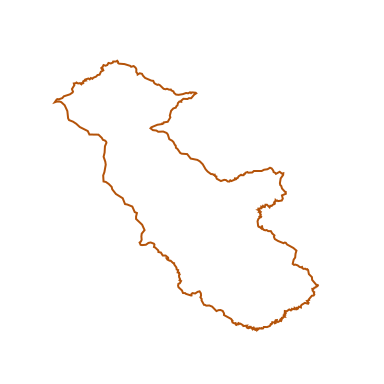 outline of Sotará (Paispamba), Cauca, Colombia, rotated 135°
{"feature_id": "7082276B86170920101397", "entity_name": "Sotará (Paispamba)", "entity_type": "district", "adm_level": 2, "iso_a3": "COL", "parent_name": "Colombia", "parent_adm1": "Cauca", "projection": "mercator", "projection_center": [-76.619, 2.224], "detail": "fine", "context": "isolated", "style": "outline", "palette": "amber", "viewbox_px": 384, "rotation_deg": 135, "n_neighbors": 0, "source": "geoboundaries", "source_scale": "gbopen_adm2", "svg_char_len": 6016}
<svg xmlns="http://www.w3.org/2000/svg" viewBox="0 0 384 384"><g transform="rotate(135 192 192)"><path d="M247.1,262.0L245.8,260.0L245.2,256.6L245.2,252.4L246.5,250.3L247.2,244.4L245.4,236.6L247.9,230.8L246.6,228.9L244.5,223.9L246.7,218.3L245.8,216.1L248.9,214.2L250.6,212.5L250.4,204.1L252.5,198.6L257.0,198.1L259.2,196.4L261.4,193.8L263.2,193.1L264.8,193.3L265.7,191.0L264.9,189.8L261.9,187.3L258.8,186.8L256.9,185.5L255.5,182.4L255.7,181.4L257.8,180.0L257.3,178.8L257.2,174.5L258.2,173.3L256.8,171.2L257.6,167.8L255.6,165.7L255.3,162.5L256.3,161.3L257.0,162.5L257.2,161.6L256.4,159.2L255.7,158.6L255.6,155.2L255.0,154.3L255.8,153.4L256.4,149.7L257.6,148.1L257.0,146.6L259.0,145.3L258.2,144.1L258.9,143.5L258.9,142.5L260.2,142.2L261.3,140.9L262.1,138.7L263.2,138.4L262.7,136.8L265.1,136.1L266.5,136.7L268.1,135.6L268.9,134.2L268.7,129.5L269.8,127.0L268.3,125.2L268.3,124.2L265.8,119.4L265.5,119.2L264.6,120.2L263.2,120.2L261.5,118.0L258.6,117.4L256.9,116.4L257.4,114.1L259.0,112.2L260.5,111.6L260.8,109.5L261.9,108.6L263.3,103.7L262.6,102.9L262.3,101.6L260.0,99.5L258.8,96.7L258.9,90.5L256.8,89.7L255.3,88.4L254.4,86.2L255.2,83.5L256.4,82.4L254.1,74.6L254.4,72.4L254.9,72.5L255.6,71.1L254.9,69.1L253.9,68.5L254.8,67.1L254.6,66.7L254.1,67.1L252.9,65.8L252.2,66.5L251.7,66.4L251.7,65.2L250.9,64.7L250.2,61.9L250.5,60.9L247.7,58.7L248.5,58.5L248.6,57.4L249.0,57.3L248.6,55.9L248.0,55.6L248.0,56.5L246.8,56.2L245.8,55.1L246.3,54.3L245.9,53.7L246.1,52.8L245.6,53.1L244.2,52.6L244.4,51.9L245.5,51.9L244.6,49.5L244.0,49.3L243.2,50.1L242.0,49.0L243.1,48.2L240.5,47.9L240.2,47.2L239.1,46.6L239.2,46.0L238.2,45.3L236.7,45.8L234.4,43.4L231.6,42.2L229.8,42.9L229.5,42.3L228.7,42.3L227.3,43.2L226.1,41.6L226.3,40.6L225.3,40.2L224.5,40.8L224.9,41.7L223.5,42.2L222.6,41.5L223.4,41.0L223.2,39.3L221.2,38.7L220.7,39.0L220.3,38.1L219.6,38.8L219.5,38.1L218.6,38.5L218.9,39.5L218.6,39.1L217.4,39.5L216.6,38.7L215.6,39.1L214.6,38.1L214.3,39.8L213.5,39.4L213.5,40.1L212.3,40.7L212.0,39.8L211.5,39.9L211.2,40.5L211.7,41.1L210.5,42.2L209.4,40.7L206.3,40.2L205.8,38.4L204.0,38.7L203.9,37.9L202.8,37.5L202.3,36.6L201.4,37.4L200.9,35.0L199.7,34.7L199.4,35.7L198.6,35.0L197.5,35.3L196.6,33.4L195.7,34.4L194.3,34.7L190.6,33.8L188.9,30.9L187.9,31.2L187.7,33.7L185.5,32.8L185.1,33.5L180.6,33.9L179.2,32.8L178.0,33.0L177.1,34.7L176.4,34.8L176.5,36.9L175.4,38.4L174.6,37.6L173.1,37.8L172.0,37.1L170.7,37.4L170.0,36.7L168.9,37.0L168.9,37.4L169.8,37.7L169.2,44.9L167.4,47.0L167.4,51.3L165.1,54.7L165.1,56.0L165.9,56.3L166.1,57.6L167.5,58.8L167.8,60.1L167.2,61.2L168.1,61.6L168.9,62.9L169.2,65.5L170.4,67.8L171.4,68.3L171.6,70.0L167.9,72.3L165.4,72.7L162.5,75.1L159.6,76.7L159.9,80.8L161.9,87.7L161.6,89.8L162.2,90.7L163.5,91.1L165.8,96.6L166.7,100.2L165.8,102.4L164.4,103.0L164.6,105.9L163.9,108.6L165.8,110.5L166.1,112.3L167.2,113.0L168.0,114.4L167.9,116.6L166.7,118.2L167.0,118.4L168.7,117.1L169.0,119.8L169.5,120.3L169.2,121.3L166.3,125.0L164.2,126.0L162.4,125.9L162.0,126.6L161.1,125.5L160.5,125.6L160.2,127.3L159.3,127.5L159.2,128.7L157.7,129.2L158.8,130.6L157.4,131.0L157.9,132.5L157.1,132.0L156.7,133.2L154.7,131.6L154.4,131.9L153.7,131.6L153.3,132.5L152.8,131.8L151.7,132.0L151.8,130.6L151.2,129.9L149.1,131.1L148.0,130.0L148.0,126.3L146.4,126.9L145.5,125.8L144.0,125.9L142.1,125.1L141.3,125.5L141.5,126.4L140.4,126.8L139.5,126.5L138.6,127.2L138.6,126.1L137.8,125.8L137.6,124.7L134.6,122.5L132.5,123.1L130.8,126.0L126.9,124.4L125.7,125.8L126.1,126.3L125.9,130.8L124.6,133.2L124.7,134.5L123.6,136.1L119.7,138.9L115.5,139.6L114.2,140.7L115.4,141.4L115.7,144.3L119.8,145.5L119.6,146.6L120.2,148.4L119.4,149.7L119.0,152.4L119.7,154.0L122.5,154.7L125.3,156.8L127.9,157.6L133.4,163.1L135.6,163.2L138.6,165.9L138.7,166.9L140.6,167.8L141.9,167.4L142.7,167.9L143.6,167.4L144.9,168.6L145.1,169.5L147.9,170.1L150.0,169.6L151.2,170.5L151.8,169.9L152.2,170.1L152.3,171.1L153.2,170.6L156.4,171.9L156.7,173.2L158.1,172.9L159.3,174.2L159.5,176.3L160.6,177.8L163.8,179.3L165.1,183.8L164.6,185.2L163.8,185.7L164.4,187.0L163.7,188.2L164.6,188.7L164.7,189.9L165.9,191.3L166.5,195.4L166.3,198.5L164.8,204.0L164.8,208.1L165.5,210.9L169.3,216.6L168.6,222.2L172.2,226.4L172.7,227.8L171.8,232.9L172.1,234.6L170.7,236.4L170.8,237.5L169.8,240.4L169.8,242.4L170.7,245.4L168.4,249.8L168.2,251.7L169.6,255.1L173.3,258.5L173.7,260.6L175.9,263.4L176.3,266.4L175.0,266.5L168.9,264.0L165.1,261.2L164.7,261.5L163.8,260.7L162.8,261.2L159.5,258.8L154.5,260.1L153.7,261.7L149.3,264.2L146.1,264.3L143.8,263.1L142.4,263.7L141.1,263.5L139.1,264.8L136.9,264.9L135.8,263.4L135.1,264.2L132.2,264.0L129.4,260.9L127.9,260.6L126.2,258.9L121.7,259.3L119.2,258.8L119.2,259.6L121.6,262.5L122.8,262.6L122.9,263.9L124.9,264.5L126.2,266.2L129.3,267.7L132.8,270.2L134.4,272.2L134.6,274.7L134.0,276.3L134.8,278.5L134.5,279.4L135.8,280.5L136.7,282.7L138.0,283.3L139.1,285.0L139.2,290.2L139.7,291.7L140.7,292.2L141.5,294.5L141.6,295.9L140.8,298.0L142.0,299.5L144.5,305.8L144.4,309.0L143.8,310.9L145.0,312.9L147.4,313.5L146.8,314.3L146.6,316.2L144.5,318.2L144.0,319.9L144.2,322.3L146.5,323.6L146.5,324.9L149.3,330.2L152.8,334.3L153.1,335.3L152.2,336.5L152.1,337.7L153.4,337.9L155.5,340.0L156.5,339.5L158.5,340.3L159.8,342.3L162.1,341.7L163.8,342.4L164.8,344.3L166.6,343.7L168.5,343.8L168.8,342.9L168.0,342.3L168.7,340.7L171.3,341.5L174.4,340.3L176.1,341.5L178.2,341.4L181.0,342.6L182.4,342.5L182.9,344.1L184.7,344.0L185.0,345.5L188.1,347.1L188.6,347.0L188.5,346.0L190.4,347.2L190.9,347.1L191.8,345.9L192.7,346.1L193.2,347.1L194.1,346.6L194.4,348.3L195.8,349.3L196.3,351.1L197.0,351.0L198.8,352.3L199.7,350.7L204.1,349.7L205.2,347.1L206.1,346.8L209.3,347.4L215.0,350.3L217.3,350.1L220.6,351.7L221.4,352.8L222.2,353.1L225.6,352.5L223.6,351.5L221.5,349.3L220.9,348.0L220.7,343.4L222.9,337.4L227.5,331.7L228.1,329.8L226.4,325.9L225.6,322.1L225.4,317.3L222.6,308.8L223.9,305.2L217.6,298.7L217.5,294.1L218.1,291.9L217.2,290.1L217.1,288.4L217.7,287.3L221.2,285.9L225.9,281.7L229.6,279.4L231.9,274.7L233.7,272.3L239.9,268.0L243.1,266.5L247.1,262.0Z" fill="none" stroke="#b45309" stroke-width="2"/></g></svg>